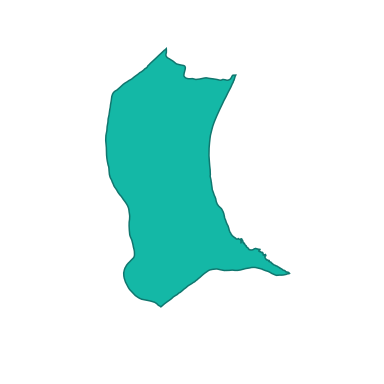 Al Ghaydhah, Al Mahrah, Yemen (orthographic projection), rotated 316°
{"feature_id": "15242507B66245697923351", "entity_name": "Al Ghaydhah", "entity_type": "district", "adm_level": 2, "iso_a3": "YEM", "parent_name": "Yemen", "parent_adm1": "Al Mahrah", "projection": "orthographic", "projection_center": [52.126, 16.264], "detail": "fine", "context": "isolated", "style": "filled", "palette": "teal", "viewbox_px": 384, "rotation_deg": 316, "n_neighbors": 0, "source": "geoboundaries", "source_scale": "gbopen_adm2", "svg_char_len": 6002}
<svg xmlns="http://www.w3.org/2000/svg" viewBox="0 0 384 384"><g transform="rotate(316 192 192)"><path d="M143.9,123.5L143.2,124.9L142.8,126.3L142.5,127.4L141.4,129.9L141.0,131.3L140.6,132.1L139.9,134.0L139.3,138.0L138.6,140.6L138.3,142.4L138.1,144.4L138.1,145.8L137.8,147.8L137.5,149.2L137.0,153.2L136.5,155.7L136.1,157.2L135.2,159.4L134.9,159.9L134.2,161.0L133.0,162.6L131.8,164.3L130.5,166.0L128.2,168.2L125.8,170.1L123.3,172.6L120.4,175.9L117.5,179.5L116.6,181.3L115.3,184.8L113.0,188.8L111.6,190.9L110.3,193.2L109.3,194.7L107.6,196.6L106.6,197.6L105.5,198.3L104.3,198.7L99.9,198.8L99.3,198.9L96.7,198.9L94.1,199.2L92.3,199.8L91.1,200.1L89.3,201.0L86.6,202.8L84.6,205.1L83.4,206.9L81.6,210.6L79.8,216.7L79.4,218.8L79.3,227.1L80.1,230.9L80.5,232.2L81.0,233.4L81.2,234.0L86.1,241.1L87.4,243.3L88.0,244.5L88.4,245.1L88.6,245.7L88.9,247.0L89.1,248.2L89.1,250.2L89.6,251.4L89.8,253.0L90.6,253.1L94.6,253.3L98.4,253.8L98.9,253.9L102.3,254.4L103.6,254.5L105.7,254.5L108.2,255.0L110.2,255.5L111.4,255.5L112.6,255.6L113.8,256.0L116.3,256.2L118.9,256.3L120.9,256.6L123.0,256.7L124.3,256.8L128.2,257.7L130.2,258.0L131.4,258.4L133.9,258.5L134.6,258.7L136.7,258.7L137.9,258.9L141.8,259.0L144.4,259.2L149.4,260.0L150.6,260.4L153.0,261.9L156.1,264.3L156.9,265.3L158.6,267.9L160.7,270.9L164.3,274.2L166.8,276.2L168.5,278.3L170.4,280.1L172.5,281.6L177.5,284.4L180.5,286.5L182.6,287.8L184.1,289.2L185.0,290.1L185.7,291.1L187.8,294.4L189.0,296.5L189.1,297.1L190.3,299.7L191.5,301.8L192.2,303.6L192.8,306.0L194.3,309.6L194.9,310.7L195.9,311.5L197.4,312.7L198.7,314.0L200.0,315.1L200.5,315.4L201.1,315.8L202.7,316.8L203.8,317.2L205.0,318.1L205.2,317.9L205.6,318.1L205.6,316.9L204.8,315.6L204.2,314.7L204.1,314.3L204.2,313.3L204.0,312.6L203.8,312.3L203.5,312.0L203.2,311.3L203.3,310.7L203.1,310.1L202.8,308.9L202.5,307.7L202.3,307.6L202.4,307.2L201.9,305.6L201.8,304.9L201.5,304.0L201.0,303.3L201.0,302.8L200.1,300.8L200.2,299.3L199.9,299.1L199.8,298.8L200.0,297.6L200.0,297.3L199.7,297.2L199.6,296.3L199.1,295.5L199.2,295.2L199.7,295.1L199.8,295.0L199.5,294.8L199.3,294.4L199.4,294.1L199.2,293.6L199.1,293.3L198.9,293.3L198.7,293.1L198.5,292.6L198.5,292.1L198.7,291.4L198.7,290.8L199.1,289.6L199.6,289.1L200.0,289.1L199.8,288.9L200.0,288.6L200.4,288.7L200.5,288.5L201.1,288.5L201.4,288.2L201.4,287.9L200.9,287.8L200.7,287.9L200.3,287.9L200.2,287.7L200.0,287.2L199.7,287.0L200.0,286.8L199.8,286.5L200.2,285.7L200.4,285.6L200.5,285.4L200.7,284.8L200.7,284.6L200.7,284.4L200.2,284.3L200.1,284.2L200.1,283.6L200.0,283.3L199.9,283.2L199.8,282.6L199.5,282.5L199.5,282.2L199.3,281.9L199.0,281.2L199.2,280.8L199.4,280.6L199.8,280.4L200.0,280.6L200.3,280.4L200.4,280.5L200.1,280.9L200.4,280.7L200.8,280.8L201.0,280.7L201.3,281.1L201.1,280.7L201.0,280.4L200.7,280.3L200.5,279.9L200.0,279.7L199.9,278.9L199.4,278.5L199.4,278.2L198.9,277.6L198.7,276.9L197.2,276.1L196.3,276.0L195.6,275.8L194.1,274.7L193.6,273.9L193.1,273.3L193.1,272.9L193.2,272.7L193.1,272.3L193.3,272.1L193.3,271.3L193.4,271.0L193.4,270.6L193.3,270.2L193.1,270.0L193.1,269.4L193.3,268.5L193.6,268.3L193.6,268.1L193.5,267.8L193.5,267.5L193.5,266.9L193.5,266.6L193.7,266.1L193.8,265.6L193.6,265.5L193.5,265.3L193.6,265.1L194.0,265.1L194.0,264.9L193.7,264.6L193.6,264.3L193.8,264.1L193.7,263.7L193.9,263.4L194.2,263.0L194.5,262.8L194.5,262.6L194.6,262.0L194.8,261.7L194.8,261.3L194.9,261.0L194.7,260.8L194.9,260.5L194.8,260.4L194.5,260.3L193.6,260.6L193.3,261.5L192.0,262.7L191.9,262.7L191.6,263.1L191.8,262.6L193.2,261.4L193.6,260.5L194.2,260.2L195.0,260.1L194.9,259.8L193.8,259.5L193.6,259.4L193.0,258.5L193.0,257.7L192.9,257.6L192.3,257.6L191.7,257.2L191.4,256.8L191.2,256.3L191.3,255.5L191.1,255.3L191.2,255.0L191.0,254.4L190.9,253.4L190.7,253.1L190.8,252.5L190.6,251.8L190.6,251.2L190.8,250.7L190.7,250.0L191.3,248.4L191.3,247.6L192.0,245.9L192.3,245.3L192.4,245.0L192.5,244.9L193.4,243.4L193.5,243.1L193.8,242.6L194.6,240.8L194.6,240.5L194.7,240.1L194.8,239.6L195.0,239.3L195.6,237.6L196.7,235.4L196.8,235.0L197.5,233.2L198.3,232.2L198.4,231.8L198.7,231.5L199.8,229.7L200.2,228.9L200.4,228.3L200.8,227.5L201.0,226.5L201.3,225.7L201.6,224.4L201.4,220.8L201.5,219.8L201.6,219.5L201.7,218.4L202.6,216.2L203.2,215.1L204.4,213.3L205.4,211.0L205.6,210.1L207.2,206.8L207.6,205.7L207.9,205.2L208.2,204.4L209.6,202.6L211.7,199.7L212.5,198.7L212.9,198.0L214.1,196.4L216.1,193.1L217.2,192.3L218.7,190.6L220.5,188.6L222.8,185.6L225.7,182.1L229.4,177.7L234.8,172.3L239.0,168.6L242.5,165.7L244.7,164.0L249.0,161.3L252.8,159.0L256.6,157.1L262.6,154.5L269.2,151.9L275.4,149.6L278.2,148.5L282.3,147.2L287.2,145.4L292.4,143.7L294.9,142.7L295.6,142.4L296.3,142.1L297.5,141.8L299.6,140.7L299.8,140.8L302.5,139.3L303.0,138.9L303.9,138.6L304.0,138.6L304.7,138.3L302.8,136.6L302.2,136.3L301.6,136.4L299.8,137.0L298.0,137.4L296.8,137.1L295.7,136.7L295.1,136.2L294.6,135.7L294.0,134.6L292.7,132.8L292.3,132.4L291.1,132.0L290.1,131.4L289.3,130.3L288.2,128.5L285.8,125.3L283.0,121.8L281.9,120.2L281.0,119.3L279.9,118.5L275.9,116.0L272.9,113.7L271.2,110.9L270.7,110.4L269.4,109.3L268.5,108.4L268.0,107.9L267.0,106.3L266.6,105.1L266.6,104.3L266.7,103.1L267.2,102.4L268.7,101.2L272.6,98.8L273.6,97.9L273.9,97.4L274.2,96.6L274.1,95.9L273.9,95.3L271.8,92.3L270.5,90.2L269.8,89.0L269.6,87.8L269.4,85.7L269.2,84.4L268.0,79.7L267.6,78.5L267.5,77.9L267.8,76.4L268.0,75.8L268.8,74.9L270.5,73.8L272.0,72.3L273.1,71.0L271.2,71.0L270.6,70.8L268.4,70.8L263.7,70.7L259.4,70.7L251.1,70.5L250.4,70.6L247.8,70.6L246.7,71.0L245.9,71.1L245.3,71.1L244.7,70.8L243.3,70.6L242.0,70.7L239.2,70.4L237.4,69.9L235.4,69.8L230.4,69.1L227.7,68.9L226.8,68.8L224.0,68.0L221.6,67.6L219.5,67.1L217.4,66.8L212.6,66.7L208.7,66.5L206.9,66.0L206.1,65.9L204.7,65.9L202.9,66.4L201.7,67.0L200.6,67.6L197.1,70.4L193.9,72.7L191.9,74.4L190.1,75.6L185.9,78.9L182.4,81.2L180.0,83.4L176.4,86.0L173.4,88.7L169.4,91.5L165.9,94.8L165.4,95.4L161.3,100.5L156.1,106.2L153.6,109.4L153.3,110.0L152.9,110.4L150.4,114.3L149.6,116.0L148.8,117.1L147.2,119.0L144.7,122.1L143.9,123.5Z" fill="#14b8a6" stroke="#0f766e" stroke-width="1.5"/></g></svg>